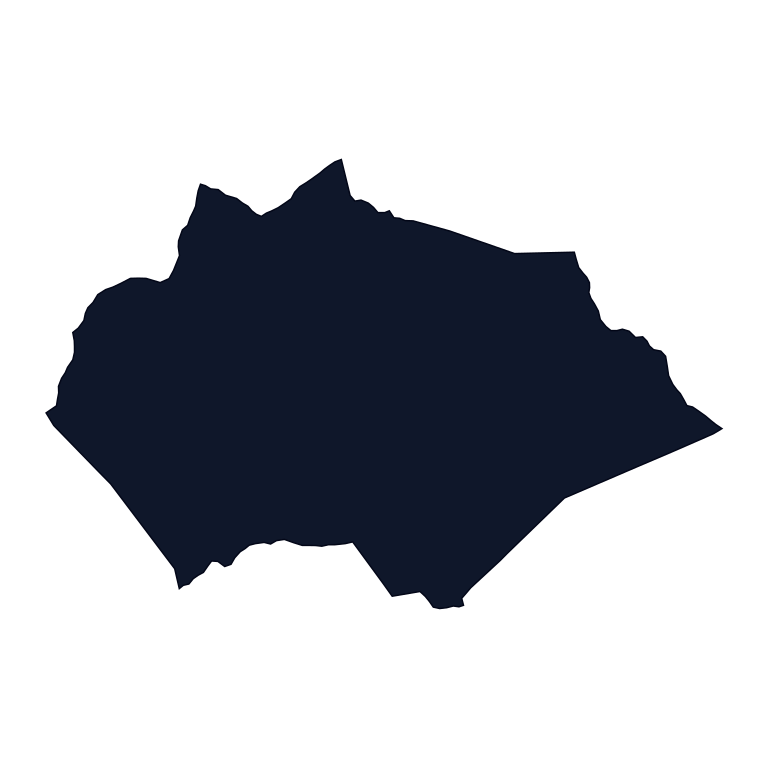 Tapiramutá, Bahia, Brazil (orthographic projection)
{"feature_id": "56859067B43397525607072", "entity_name": "Tapiramutá", "entity_type": "district", "adm_level": 2, "iso_a3": "BRA", "parent_name": "Brazil", "parent_adm1": "Bahia", "projection": "orthographic", "projection_center": [-40.799, -11.872], "detail": "fine", "context": "isolated", "style": "filled", "palette": "ink", "viewbox_px": 768, "rotation_deg": 0, "n_neighbors": 0, "source": "geoboundaries", "source_scale": "gbopen_adm2", "svg_char_len": 2174}
<svg xmlns="http://www.w3.org/2000/svg" viewBox="0 0 768 768"><path d="M179.3,588.6L183.3,585.3L188.9,584.0L193.2,578.7L198.2,575.2L203.4,572.4L208.1,565.6L211.6,561.0L217.9,561.4L224.7,566.5L231.0,564.3L234.8,557.7L240.2,551.7L245.2,548.5L249.2,545.2L255.4,543.6L264.1,542.4L270.6,544.0L276.5,540.6L284.4,539.4L293.7,542.7L302.3,545.4L309.5,545.4L315.7,545.5L321.8,546.2L328.5,544.7L334.9,544.7L345.3,543.6L352.7,541.9L383.0,583.3L392.2,596.2L420.0,591.5L425.4,596.5L429.5,601.6L433.3,607.1L439.7,608.5L446.7,607.7L453.3,606.0L459.0,606.8L463.5,605.3L461.7,598.3L466.4,592.9L470.7,587.8L500.3,560.4L506.7,553.9L564.4,498.0L636.7,466.9L672.3,451.7L706.4,436.8L713.4,433.7L721.9,428.6L715.8,424.5L710.9,420.6L705.6,416.1L698.6,411.1L692.6,407.0L686.9,405.6L684.0,400.1L680.3,393.6L676.8,389.8L672.8,384.4L668.6,375.7L667.3,366.6L665.6,356.3L660.8,351.1L653.6,349.7L649.4,345.9L647.0,341.2L642.7,336.8L635.5,337.5L629.1,331.2L622.4,329.2L617.0,330.6L610.9,330.6L605.9,326.5L600.3,319.6L598.3,311.0L594.4,303.8L590.9,298.4L588.8,292.6L589.6,287.7L589.4,282.6L586.7,277.3L582.9,273.0L578.7,267.6L576.2,259.3L574.3,252.2L514.6,253.6L449.7,231.0L413.2,220.9L405.1,220.6L399.7,218.3L393.9,217.8L389.3,210.8L384.8,212.6L377.9,212.6L373.5,207.4L368.3,203.1L361.0,200.1L354.9,201.1L350.1,195.5L341.3,159.5L334.9,161.9L329.5,165.5L324.7,169.0L319.9,173.1L315.7,176.1L310.4,179.9L305.5,183.2L299.8,186.7L294.7,192.2L291.3,198.7L285.5,202.8L278.2,207.7L271.5,211.0L266.4,213.1L261.4,216.4L256.3,214.3L251.8,210.8L248.0,206.3L242.4,203.0L236.6,198.5L225.4,195.2L218.2,189.6L210.7,188.9L205.4,185.7L200.5,184.2L198.2,190.8L196.8,198.2L195.7,206.1L193.6,211.0L190.2,217.8L187.7,225.3L182.4,229.9L178.6,240.8L178.3,246.8L179.5,255.6L173.5,270.5L169.1,278.6L160.2,282.6L146.1,278.4L138.4,278.2L130.4,278.4L121.0,283.3L112.7,287.2L105.7,289.6L97.8,294.6L93.0,302.5L87.9,307.7L85.4,313.3L83.9,320.5L78.3,328.1L72.8,332.5L74.3,340.7L74.5,346.4L74.5,352.3L72.8,359.8L67.6,367.3L65.3,372.7L61.6,378.3L58.5,386.3L58.7,392.9L57.5,399.3L56.5,405.8L50.6,409.8L46.1,412.9L53.8,425.5L98.6,471.6L103.2,476.3L110.7,483.9L174.7,568.7L179.3,588.6Z" fill="#0f172a" stroke="#020617" stroke-width="1.5"/></svg>